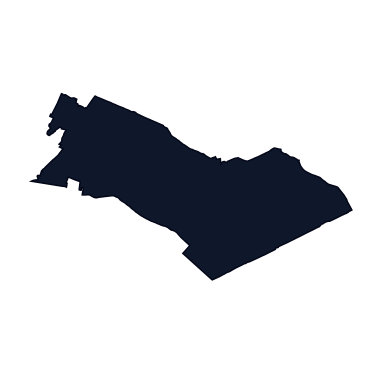 outline of Scaesti, Dolj, Romania, rotated 6°
{"feature_id": "2599482B9301238192844", "entity_name": "Scaesti", "entity_type": "district", "adm_level": 2, "iso_a3": "ROU", "parent_name": "Romania", "parent_adm1": "Dolj", "projection": "orthographic", "projection_center": [23.539, 44.461], "detail": "fine", "context": "isolated", "style": "filled", "palette": "ink", "viewbox_px": 384, "rotation_deg": 6, "n_neighbors": 0, "source": "geoboundaries", "source_scale": "gbopen_adm2", "svg_char_len": 5963}
<svg xmlns="http://www.w3.org/2000/svg" viewBox="0 0 384 384"><g transform="rotate(6 192 192)"><path d="M352.9,193.2L349.2,187.8L348.5,186.8L347.4,185.2L347.2,184.7L346.6,183.3L346.2,182.6L345.2,181.6L344.3,180.3L343.7,179.5L336.6,172.2L335.9,171.9L335.0,171.6L332.9,171.2L327.0,170.1L324.3,168.6L323.3,167.8L322.2,167.2L321.4,166.7L320.9,166.6L318.0,164.4L317.0,164.0L312.5,162.8L309.4,162.2L302.9,159.7L301.5,158.9L299.5,157.3L297.4,154.9L296.6,153.5L296.0,152.1L295.2,150.6L295.2,150.1L295.2,149.3L294.1,149.3L292.2,148.2L291.6,148.0L290.9,147.7L290.2,147.3L289.6,147.1L288.8,147.0L288.2,146.9L287.4,147.0L286.4,146.9L285.5,146.6L284.5,146.3L284.4,145.9L283.9,145.5L283.1,145.2L282.5,144.9L281.9,144.4L281.2,144.2L280.7,144.3L280.4,144.6L279.6,144.1L278.5,143.7L277.2,143.0L276.2,142.0L276.1,140.6L275.9,140.3L275.6,140.2L273.4,140.2L272.5,140.0L271.0,139.8L269.0,139.7L266.6,141.5L264.5,143.6L262.1,145.0L259.7,146.5L254.0,150.1L252.2,151.0L248.4,153.2L246.1,154.5L244.5,155.3L243.4,155.6L241.5,155.4L239.2,154.8L236.8,154.0L235.5,153.7L234.9,153.4L234.5,153.1L233.1,153.5L231.2,154.0L229.5,154.9L227.7,155.8L226.2,156.8L225.0,157.4L224.1,157.9L223.8,158.6L223.3,158.8L222.2,158.9L221.9,158.6L221.0,158.3L219.5,158.7L219.1,159.1L218.3,160.1L217.8,161.1L217.1,158.1L216.7,155.9L213.1,156.9L211.6,154.5L210.8,155.0L209.5,155.5L207.5,156.6L207.0,156.7L206.7,156.7L204.7,155.8L203.4,155.2L202.0,154.6L201.5,154.3L200.5,153.5L200.2,153.3L199.6,153.0L198.6,152.8L196.9,152.7L196.4,152.5L195.2,152.0L194.4,151.6L193.5,151.2L192.6,151.0L190.4,150.6L190.0,150.5L188.3,149.8L186.0,149.4L185.1,149.0L184.7,148.8L183.6,148.3L181.8,147.2L180.4,146.5L179.3,145.9L178.9,145.7L177.6,145.3L177.3,145.1L177.1,144.7L176.7,144.5L176.3,144.3L175.1,143.6L173.4,142.3L171.7,141.6L171.4,141.5L171.1,141.1L170.7,140.8L166.6,138.8L166.1,138.4L165.2,137.6L164.4,136.4L163.9,135.5L162.9,134.3L161.6,132.7L161.1,131.8L160.8,131.4L160.6,131.2L160.2,131.0L158.5,130.5L157.5,130.0L157.2,129.8L156.7,129.4L156.6,129.2L156.5,128.9L150.2,126.9L149.4,126.6L147.3,126.0L143.5,124.8L142.8,124.5L140.7,123.9L136.2,122.5L134.0,121.7L128.9,119.9L128.4,119.6L128.0,119.2L127.8,118.9L127.6,118.7L126.9,118.7L125.9,118.3L124.9,118.3L123.9,118.5L123.4,118.5L122.9,118.3L120.9,117.5L119.0,116.9L118.4,116.8L115.9,116.0L115.0,115.6L111.1,114.6L108.7,113.9L106.2,113.0L104.4,112.6L103.6,112.3L101.5,111.5L98.7,110.8L94.7,109.6L92.9,109.0L90.8,108.4L87.2,107.4L86.8,107.2L86.5,107.0L85.6,106.7L83.8,109.6L78.9,118.5L78.2,119.9L77.4,119.3L76.5,120.2L75.3,119.3L73.7,118.5L71.2,117.8L70.8,118.5L70.5,118.7L69.9,118.4L69.8,118.2L69.6,117.3L69.4,116.6L69.2,116.4L68.6,116.1L67.6,115.7L67.2,115.0L67.4,114.0L67.5,112.5L67.7,111.8L65.4,110.9L64.4,110.8L63.3,111.1L62.1,111.3L60.5,110.8L56.0,108.5L55.1,108.7L55.0,109.3L54.0,109.0L53.6,108.6L53.3,108.2L51.9,107.9L49.4,116.1L49.0,117.5L44.4,129.6L43.3,129.4L42.7,131.6L46.7,132.9L46.3,133.9L45.8,134.7L45.2,136.7L44.6,138.0L42.9,139.6L43.5,140.3L42.7,141.2L44.8,143.6L44.2,144.1L43.2,145.4L42.7,145.9L42.2,146.6L42.0,147.1L41.9,147.9L41.7,149.1L42.2,149.8L42.9,150.3L43.7,150.6L44.2,150.7L45.8,149.2L46.8,148.4L47.5,148.0L48.6,146.6L49.5,146.0L49.1,145.3L50.1,144.6L53.8,141.3L55.3,141.5L55.5,142.8L60.7,143.4L60.4,144.1L59.8,144.8L59.4,145.4L59.0,146.3L58.7,147.2L58.5,147.8L58.4,149.0L57.5,151.2L57.1,152.1L57.1,154.1L57.1,154.8L56.9,155.5L55.8,157.1L54.8,158.3L55.4,158.5L56.9,158.8L56.5,159.6L55.4,161.1L59.2,162.5L58.8,163.0L57.0,166.2L56.5,166.8L55.1,169.3L54.4,170.2L53.4,171.3L52.7,172.0L52.0,172.9L50.1,174.8L46.7,178.9L43.7,182.5L42.5,184.2L41.7,184.7L41.0,185.7L40.9,186.2L40.6,186.2L40.1,186.9L40.1,187.5L40.4,187.7L40.0,187.7L39.2,191.7L38.9,191.6L38.2,191.5L37.2,191.6L36.7,191.8L36.5,192.1L36.4,192.5L36.6,193.1L37.4,194.5L37.4,194.9L37.2,195.4L36.8,195.9L36.1,196.2L34.0,196.7L32.6,197.2L31.1,198.1L62.2,199.8L64.3,199.8L64.5,199.8L64.8,199.8L65.8,200.0L66.6,200.3L66.8,198.3L66.7,197.8L66.9,196.4L65.8,196.1L66.2,194.3L66.7,192.8L66.9,191.9L67.3,190.1L68.0,190.2L73.8,192.0L79.7,193.4L79.5,201.5L79.8,201.8L80.4,201.6L80.9,201.6L81.3,201.9L81.6,201.8L81.7,199.3L83.5,199.2L83.1,206.4L86.7,206.0L88.7,205.6L90.0,205.6L90.7,205.7L91.3,205.9L93.0,206.8L94.0,207.1L95.0,207.6L96.0,207.7L97.2,207.8L98.8,207.4L98.9,207.2L102.5,206.4L105.8,205.6L111.6,204.3L113.4,204.0L114.1,203.9L115.1,204.1L116.0,204.4L117.0,204.8L118.2,205.1L119.5,205.5L121.1,207.1L121.9,207.6L122.6,208.1L123.4,208.5L124.3,208.8L125.1,209.3L125.8,209.6L127.4,210.4L127.9,211.0L129.1,211.7L131.0,212.7L132.8,213.9L133.4,214.6L133.7,214.5L133.9,214.8L137.1,216.8L138.3,217.8L139.6,218.4L141.4,219.5L144.1,221.0L145.5,221.5L146.6,222.1L150.2,223.6L152.0,224.2L152.8,224.6L154.5,225.2L156.2,225.6L157.6,226.0L159.6,226.5L161.1,227.1L161.8,227.2L164.0,227.9L164.7,228.2L165.0,228.2L166.9,228.6L167.5,228.8L168.4,228.7L169.7,229.1L171.9,229.9L172.8,230.5L173.5,231.0L175.1,231.9L176.0,232.1L176.3,232.0L176.6,232.0L177.2,232.2L177.9,232.5L178.8,232.6L179.1,232.8L180.7,233.7L181.5,234.2L181.8,234.6L182.3,234.8L182.5,235.3L185.8,238.3L193.6,244.1L195.0,245.2L195.3,245.7L189.3,254.0L221.3,277.3L228.2,273.2L234.3,269.0L235.5,268.2L236.7,267.7L238.1,266.9L239.4,265.9L240.6,265.0L243.4,263.0L251.8,257.7L252.0,257.6L252.7,257.5L252.9,257.4L253.8,256.6L254.7,255.9L255.8,255.7L258.1,254.4L269.2,247.7L270.2,247.2L280.9,240.3L281.0,240.1L281.0,238.9L283.1,238.3L283.3,238.2L283.2,238.1L283.0,237.7L291.9,232.4L300.8,226.7L302.8,225.5L310.9,220.2L315.8,217.2L320.0,214.4L321.5,213.5L321.9,213.4L323.1,212.0L323.4,211.6L323.7,211.2L323.7,210.6L323.8,210.4L323.9,210.2L324.0,210.1L324.8,210.2L325.2,210.2L327.0,208.6L328.2,207.8L330.3,206.9L331.1,206.8L331.5,206.8L332.0,206.6L332.8,206.2L336.2,204.1L338.1,202.9L342.9,199.8L343.5,199.4L344.3,199.0L346.1,197.9L346.9,197.4L347.4,197.2L347.8,197.1L348.0,197.0L348.2,196.7L348.4,196.5L348.5,196.4L348.7,196.2L349.0,196.1L349.5,195.8L349.8,195.3L349.9,195.1L350.5,194.8L352.9,193.2Z" fill="#0f172a" stroke="#020617" stroke-width="1.5"/></g></svg>